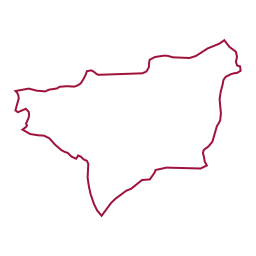 Diyarbakir, Equal Earth projection
{"feature_id": "TUR-2309", "entity_name": "Diyarbakir", "entity_type": "Province", "adm_level": 1, "iso_a3": "TUR", "parent_name": "Turkey", "parent_adm1": "", "projection": "equal_earth", "projection_center": [40.236, 38.057], "detail": "fine", "context": "isolated", "style": "outline", "palette": "rose", "viewbox_px": 256, "rotation_deg": 0, "n_neighbors": 0, "source": "natural_earth", "source_scale": "10m", "svg_char_len": 1305}
<svg xmlns="http://www.w3.org/2000/svg" viewBox="0 0 256 256"><path d="M224.3,40.2L229.3,46.8L235.9,51.8L237.0,56.9L235.9,62.0L237.1,65.5L240.1,66.4L240.6,70.8L237.0,72.9L233.9,73.3L230.7,74.3L225.6,76.9L223.4,80.1L222.6,84.7L220.7,91.7L219.6,99.1L220.9,113.2L220.2,120.3L218.7,123.3L216.9,126.1L212.4,141.7L208.5,146.4L203.8,149.9L202.9,152.9L203.9,156.6L204.7,161.5L206.8,165.5L200.6,168.5L166.4,167.6L155.6,170.0L154.4,172.9L149.8,179.4L142.0,180.0L131.1,188.8L126.3,190.7L115.6,198.6L111.2,202.8L101.6,215.8L97.1,210.4L93.8,203.6L90.3,193.2L90.0,191.3L89.1,187.6L87.6,177.8L88.3,163.8L86.8,160.7L85.1,160.1L83.4,159.2L80.9,156.7L78.1,155.5L77.2,157.2L76.1,158.7L71.5,156.6L67.7,152.9L64.5,151.8L61.5,150.2L55.1,144.7L49.2,138.2L43.8,135.6L38.1,135.3L30.1,134.0L22.5,129.6L26.0,127.0L27.0,125.4L26.0,123.5L28.4,118.4L29.1,115.5L28.8,112.0L25.8,108.8L17.9,112.2L15.4,110.4L18.7,98.6L18.4,95.6L17.2,92.8L15.5,91.0L28.8,88.6L36.9,90.7L45.2,91.4L49.3,89.6L56.8,88.5L59.6,86.8L66.9,86.2L74.4,86.6L77.7,85.4L80.7,83.4L83.2,79.5L85.4,75.4L86.9,71.2L91.3,70.4L93.5,71.5L96.9,74.2L98.5,74.8L131.1,73.7L142.4,73.3L146.4,71.5L148.9,67.2L149.0,63.4L149.6,59.8L155.0,57.0L164.5,55.6L167.9,55.9L172.8,57.3L189.4,58.0L195.7,56.1L207.7,48.4L219.5,43.6L224.3,40.2Z" fill="none" stroke="#9f1239" stroke-width="2"/></svg>